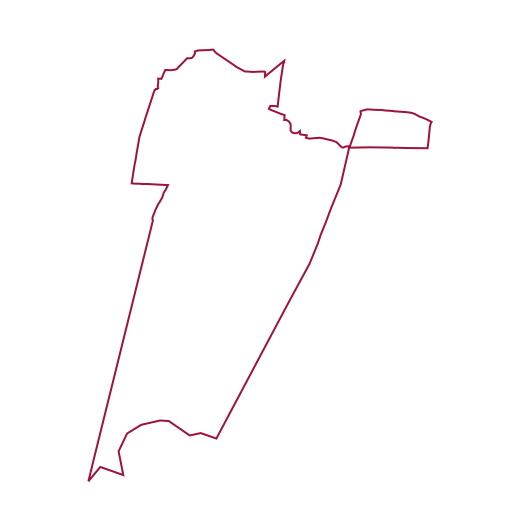 the district of San Antonio de la Cal, Oaxaca, Mexico, rotated 85°
{"feature_id": "50627088B70630919067736", "entity_name": "San Antonio de la Cal", "entity_type": "district", "adm_level": 2, "iso_a3": "MEX", "parent_name": "Mexico", "parent_adm1": "Oaxaca", "projection": "albers", "projection_center": [-96.703, 17.028], "detail": "fine", "context": "isolated", "style": "outline", "palette": "rose", "viewbox_px": 512, "rotation_deg": 85, "n_neighbors": 0, "source": "geoboundaries", "source_scale": "gbopen_adm2", "svg_char_len": 2795}
<svg xmlns="http://www.w3.org/2000/svg" viewBox="0 0 512 512"><g transform="rotate(85 256 256)"><path d="M70.8,338.0L74.2,338.2L78.6,339.1L79.5,338.9L79.9,338.8L80.3,338.8L81.0,339.9L80.9,341.3L81.7,341.8L81.8,342.5L83.5,343.3L85.7,344.3L88.7,345.5L98.9,349.9L105.6,352.7L109.4,354.4L112.6,355.6L114.9,356.6L127.1,361.7L141.1,365.4L142.0,365.7L144.6,366.3L147.2,366.9L150.4,367.8L151.0,367.9L153.0,368.6L160.3,370.5L172.8,373.5L173.3,370.7L173.5,369.6L173.7,366.7L174.0,365.0L174.4,362.7L174.6,359.8L175.0,356.5L175.8,351.0L177.7,337.5L179.1,338.4L181.8,340.0L185.2,342.6L186.2,342.9L188.5,343.9L190.0,344.6L191.0,345.3L192.0,346.0L193.3,346.9L194.0,347.4L195.8,348.9L196.9,349.5L200.7,351.8L201.0,352.0L204.0,353.5L207.9,355.4L209.1,355.8L210.1,356.0L210.8,355.8L211.6,355.6L435.8,432.4L465.8,442.6L452.6,429.5L462.7,407.3L438.6,409.9L421.6,399.9L414.2,385.2L411.5,366.0L412.8,357.3L429.0,337.7L427.6,326.5L434.4,311.4L303.6,226.6L269.9,204.3L268.7,203.5L266.9,202.6L265.8,202.0L259.8,198.9L253.6,195.7L252.5,195.2L248.7,193.2L240.5,189.7L240.0,189.4L234.7,186.7L228.1,183.3L224.3,181.5L224.0,181.4L221.8,180.3L219.6,179.3L217.5,178.3L214.4,176.8L212.9,176.0L192.2,165.4L160.1,155.0L156.2,153.8L157.7,132.7L159.1,118.5L159.4,115.7L159.9,111.0L160.4,108.1L160.4,106.3L161.5,97.2L163.6,75.7L157.2,74.3L153.1,73.5L142.3,71.5L140.6,70.9L138.8,70.2L137.7,69.4L134.5,74.5L132.5,78.5L131.0,81.6L128.8,84.8L127.2,87.8L126.2,91.7L125.5,95.5L124.8,99.9L123.9,105.6L123.2,108.6L122.6,112.5L122.4,114.1L121.4,118.8L120.9,123.7L119.6,132.2L120.4,137.4L121.0,139.3L122.4,139.2L123.9,139.1L133.2,143.4L141.3,147.0L144.6,148.2L150.2,150.8L154.5,152.7L154.7,154.2L154.8,157.4L155.6,159.7L155.6,160.0L155.2,160.8L154.8,161.4L153.8,162.3L153.0,162.9L149.5,166.0L147.3,170.7L145.6,176.3L145.0,177.8L144.4,179.8L143.8,182.3L143.7,187.8L143.7,193.0L143.0,194.8L142.6,195.9L140.2,194.9L138.7,201.4L135.3,201.4L135.9,202.2L136.3,202.7L137.2,204.3L137.0,207.1L136.3,209.0L134.2,210.6L132.0,210.4L129.9,210.1L127.5,210.1L125.2,211.2L123.9,212.7L123.0,214.1L123.0,216.0L118.1,215.2L116.9,218.2L112.1,227.8L110.5,230.4L109.8,230.0L107.8,228.6L108.0,225.8L108.6,222.8L109.1,221.5L103.1,220.2L98.1,219.2L84.7,216.4L77.1,214.6L69.7,212.8L66.5,211.9L65.7,211.2L63.9,210.8L68.3,217.3L74.9,226.9L78.1,231.5L73.7,230.8L73.1,231.2L73.0,231.6L72.6,236.8L72.5,240.2L72.4,242.7L72.1,245.2L71.6,247.7L71.2,251.1L66.4,258.3L66.0,259.0L63.2,262.2L60.7,265.3L50.6,277.7L48.5,279.4L46.6,280.7L46.7,284.9L46.2,296.0L46.9,299.1L49.1,299.2L50.7,300.4L51.8,301.1L52.6,302.0L53.2,303.1L53.3,305.4L52.9,307.3L55.3,310.0L58.4,313.6L61.9,317.7L62.6,318.2L63.2,319.7L63.4,322.5L63.5,324.6L62.7,330.1L64.2,330.9L65.5,331.8L67.1,332.6L68.7,333.3L70.8,334.6L71.3,334.9L71.1,335.6L70.8,338.0Z" fill="none" stroke="#9f1239" stroke-width="2"/></g></svg>